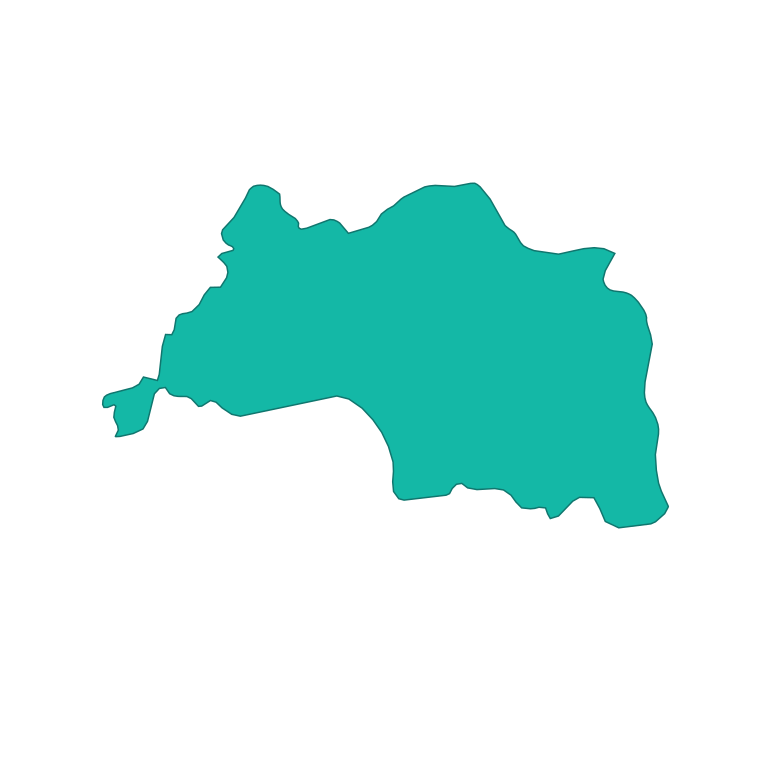 outline of Narayani, rotated 337°
{"feature_id": "NPL-1132", "entity_name": "Narayani", "entity_type": "Administrative Zone", "adm_level": 1, "iso_a3": "NPL", "parent_name": "Nepal", "parent_adm1": "", "projection": "natural_earth1", "projection_center": [84.782, 27.311], "detail": "fine", "context": "isolated", "style": "filled", "palette": "teal", "viewbox_px": 768, "rotation_deg": 337, "n_neighbors": 0, "source": "natural_earth", "source_scale": "10m", "svg_char_len": 2751}
<svg xmlns="http://www.w3.org/2000/svg" viewBox="0 0 768 768"><g transform="rotate(337 384 384)"><path d="M597.9,607.7L597.2,608.6L591.7,613.0L580.1,616.9L575.0,617.0L543.9,608.1L534.0,597.0L534.0,583.0L532.8,570.7L519.6,564.7L512.0,565.6L493.0,573.7L484.5,572.8L483.9,567.4L484.3,561.2L478.5,558.0L474.2,557.4L470.1,556.1L462.3,551.8L459.4,544.4L457.5,536.0L452.6,528.2L445.1,523.5L428.3,517.5L420.4,512.3L416.8,505.9L411.5,504.6L406.0,506.8L401.5,510.5L397.7,510.6L357.1,498.7L352.8,495.4L350.8,486.7L353.8,477.4L358.6,468.1L361.9,459.3L363.7,443.2L363.0,427.6L359.8,412.5L354.4,397.7L345.8,384.1L335.9,376.6L239.2,357.5L232.0,352.4L225.6,342.7L222.3,335.1L217.8,331.4L207.6,333.1L204.5,332.1L200.9,322.2L197.7,318.5L189.7,315.0L186.0,312.7L182.9,309.2L181.4,301.8L175.5,300.3L168.8,303.3L151.7,326.0L144.6,331.2L133.9,331.6L120.5,329.1L116.1,327.5L115.8,327.6L116.1,327.4L121.4,322.7L122.5,318.3L122.2,313.7L122.3,309.1L124.8,304.6L128.5,299.6L127.4,297.6L120.3,297.5L117.1,296.1L117.0,293.0L118.9,289.3L121.5,286.7L124.3,285.9L128.3,285.9L151.0,289.3L158.5,288.5L165.3,283.6L176.8,292.2L180.9,287.3L194.7,262.7L202.3,253.1L207.9,255.7L212.1,252.1L218.3,242.3L222.4,240.4L226.1,240.6L230.2,241.7L235.6,242.3L244.9,238.7L253.4,231.7L261.9,227.2L271.3,231.0L280.6,224.7L283.9,220.3L285.3,214.3L284.0,209.6L280.8,202.3L285.7,200.5L297.2,202.0L298.6,200.8L298.2,198.5L296.7,196.7L295.2,195.3L293.6,192.6L292.3,188.6L293.2,182.1L295.7,179.0L311.0,172.1L329.0,158.8L336.0,152.6L338.1,151.8L341.1,151.0L344.8,151.6L348.0,152.7L351.0,154.3L354.3,156.8L358.1,161.6L362.1,168.4L361.3,171.1L359.4,176.0L358.8,178.3L358.6,180.5L358.9,183.2L360.2,186.4L362.6,190.7L367.0,197.0L368.0,200.3L368.2,202.6L366.6,205.6L366.8,207.5L368.4,209.2L373.8,210.4L398.5,211.5L402.0,213.4L404.5,216.1L406.1,218.5L410.1,231.4L431.3,233.8L435.3,233.4L440.7,231.6L448.0,226.5L455.5,224.5L462.5,223.8L471.8,220.5L475.5,219.7L498.5,218.5L503.0,219.4L508.7,221.2L526.1,229.7L542.3,233.2L546.0,234.7L547.8,236.9L549.5,240.1L553.9,255.2L556.8,280.7L557.3,285.4L558.5,287.8L560.0,290.5L561.6,292.8L562.9,295.0L563.7,297.5L564.9,306.9L565.0,307.4L566.3,311.3L569.7,315.5L574.3,319.9L595.4,332.7L610.0,335.4L620.8,337.5L630.8,340.7L639.3,345.4L647.5,354.0L632.0,366.1L626.6,373.1L626.1,375.9L626.1,379.5L627.1,383.0L628.8,385.7L631.7,388.1L640.0,392.8L642.7,394.9L644.7,396.9L646.4,399.0L648.2,402.7L650.1,408.1L652.0,417.5L652.2,422.1L651.6,425.6L650.7,427.3L650.1,429.4L649.5,432.6L648.6,442.9L646.5,452.1L625.1,484.1L620.3,493.7L618.8,498.4L618.1,503.1L618.3,506.2L618.9,509.8L619.5,512.2L620.3,516.0L620.8,521.1L620.3,528.2L619.1,532.9L617.1,537.3L606.2,555.0L601.0,569.8L598.0,582.6L597.4,590.9L597.9,607.5L597.9,607.7Z" fill="#14b8a6" stroke="#0f766e" stroke-width="1.5"/></g></svg>